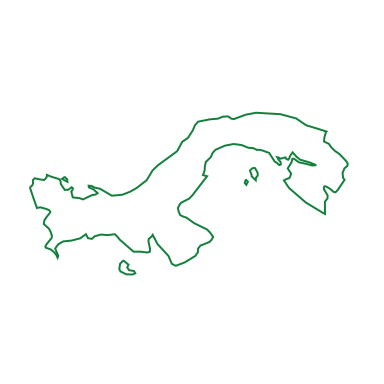 an SVG outline of Panama, rotated 341°
{"feature_id": "PAN", "entity_name": "Panama", "entity_type": "country or territory", "adm_level": 0, "iso_a3": "PAN", "parent_name": "North America", "parent_adm1": "", "projection": "mercator", "projection_center": [-80.239, 8.409], "detail": "fine", "context": "isolated", "style": "outline", "palette": "green", "viewbox_px": 384, "rotation_deg": 341, "n_neighbors": 0, "source": "natural_earth", "source_scale": "50m", "svg_char_len": 3050}
<svg xmlns="http://www.w3.org/2000/svg" viewBox="0 0 384 384"><g transform="rotate(341 192 192)"><path d="M338.9,178.6L337.9,179.3L334.9,183.6L333.3,187.2L337.1,191.1L338.3,195.2L340.5,199.7L343.8,204.1L347.6,212.4L348.5,215.8L347.4,217.9L343.8,219.3L340.5,223.1L339.5,227.9L340.2,230.2L330.1,237.8L327.5,239.0L325.8,237.9L323.7,234.1L321.1,231.0L319.7,229.9L318.9,229.9L318.1,230.6L317.7,232.3L319.1,239.4L318.0,242.2L314.5,244.5L310.6,256.0L309.1,254.5L296.2,239.0L285.0,219.7L282.7,211.0L285.6,210.5L288.4,210.6L289.9,209.3L291.7,206.8L290.2,200.9L295.7,196.4L297.7,193.3L299.2,193.7L302.8,198.8L307.9,201.8L314.3,206.1L318.2,207.1L313.2,202.6L304.7,196.6L302.3,192.7L300.0,187.3L296.6,189.7L295.1,191.6L293.4,192.8L291.9,191.4L291.6,189.7L286.5,189.3L285.2,187.7L283.9,186.9L284.5,190.2L285.5,192.3L285.0,194.8L283.3,195.0L281.9,192.4L280.1,190.1L277.7,180.2L272.0,175.6L269.4,174.0L267.2,173.4L264.0,170.3L259.8,168.6L254.1,163.7L247.0,160.2L238.4,158.9L228.0,159.7L224.4,161.6L222.1,164.1L220.9,165.3L214.8,168.1L212.4,172.2L211.0,175.7L207.9,179.6L211.4,182.0L191.2,195.3L187.3,197.3L178.2,198.6L176.1,200.0L173.4,202.7L173.0,206.7L173.4,210.1L176.0,212.7L178.4,214.4L184.0,222.3L194.0,232.3L195.8,236.0L197.4,241.4L194.4,243.9L192.1,245.0L182.6,245.4L179.3,247.5L178.0,250.8L174.4,253.5L162.2,256.2L152.6,256.5L149.6,253.4L148.9,244.7L142.4,229.9L140.9,219.7L139.3,221.0L135.9,222.2L134.7,224.7L133.8,232.2L132.6,234.8L129.9,234.6L124.5,231.9L117.3,229.4L108.1,213.4L107.1,210.4L105.3,206.8L98.2,205.3L92.1,202.6L85.5,202.2L82.1,203.7L78.6,201.8L78.0,197.4L71.1,199.4L62.2,198.7L54.2,196.8L48.7,197.8L44.2,200.9L44.8,208.9L43.5,210.4L43.2,207.2L41.7,203.5L39.8,200.4L35.7,197.1L35.5,196.0L37.1,194.3L44.4,189.7L45.3,187.7L45.4,183.7L44.7,179.8L41.4,174.1L43.3,170.6L47.1,167.8L50.9,165.5L51.6,164.6L50.9,162.6L48.6,160.5L43.4,157.0L40.2,156.7L40.1,146.5L40.2,135.6L41.0,134.5L42.9,133.9L44.5,132.2L45.4,129.0L47.7,127.8L51.8,130.3L56.1,132.5L57.8,131.8L59.2,130.7L60.1,129.7L60.4,128.6L63.8,131.6L70.8,136.7L71.2,139.2L70.5,141.7L72.4,148.6L76.0,149.6L79.7,148.3L80.6,149.6L79.9,150.9L78.0,152.3L77.5,158.3L83.5,161.1L86.5,163.5L96.3,162.4L100.0,163.0L102.4,162.3L99.7,157.5L96.0,154.0L96.3,152.4L99.1,153.6L101.2,156.0L106.1,159.0L115.0,169.4L125.3,171.9L133.4,171.6L140.9,170.2L153.0,166.1L161.7,158.8L168.6,155.6L191.2,148.6L199.2,141.3L202.6,140.4L205.8,139.5L212.9,133.9L216.7,129.7L220.7,127.5L232.6,129.1L240.3,131.1L245.6,130.8L250.8,132.3L253.0,135.4L255.3,136.7L267.9,136.4L278.3,137.9L300.9,147.2L314.4,156.3L321.6,166.0L338.9,178.6ZM111.9,250.4L109.0,250.7L103.0,248.4L98.6,243.9L98.2,242.4L98.3,240.9L100.7,236.4L103.9,234.8L105.2,234.8L108.3,240.1L106.2,242.1L107.0,245.4L111.4,247.8L111.9,250.4ZM257.1,199.4L256.1,201.7L253.5,196.6L253.9,195.3L253.8,190.6L256.2,189.4L257.9,189.3L259.4,190.0L260.3,195.4L259.5,197.9L257.1,199.4ZM78.1,139.3L77.5,141.8L73.4,137.3L75.9,136.5L76.7,136.6L78.1,139.3ZM248.2,200.5L245.7,202.9L244.8,200.6L246.5,198.3L247.1,198.2L248.2,200.5Z" fill="none" stroke="#15803d" stroke-width="2"/></g></svg>